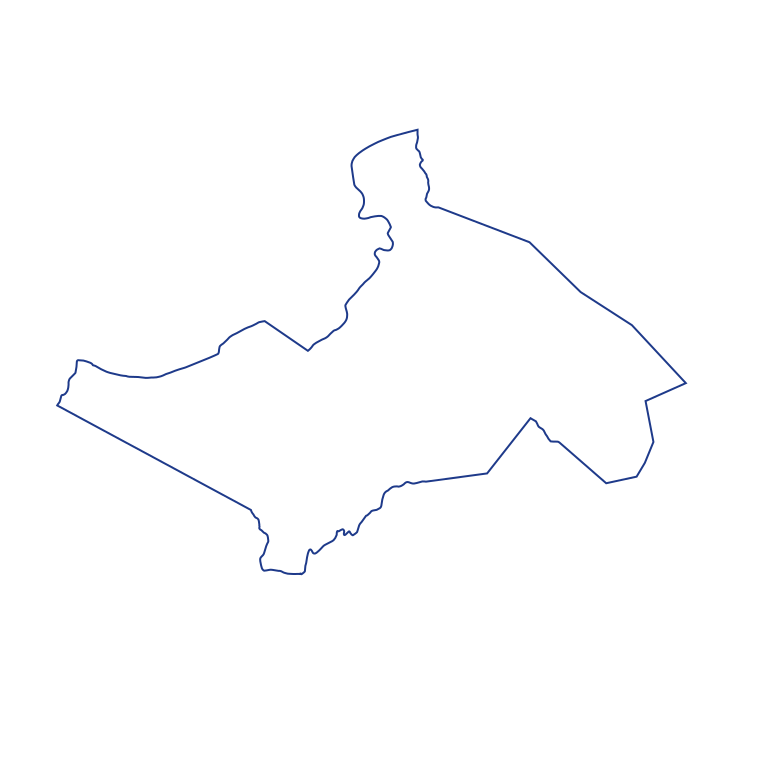 Ojos de Agua, Comayagua, Honduras (Natural Earth projection), rotated 38°
{"feature_id": "27666195B51970998087864", "entity_name": "Ojos de Agua", "entity_type": "district", "adm_level": 2, "iso_a3": "HND", "parent_name": "Honduras", "parent_adm1": "Comayagua", "projection": "natural_earth1", "projection_center": [-87.676, 14.8], "detail": "fine", "context": "isolated", "style": "outline", "palette": "blue", "viewbox_px": 768, "rotation_deg": 38, "n_neighbors": 0, "source": "geoboundaries", "source_scale": "gbopen_adm2", "svg_char_len": 6165}
<svg xmlns="http://www.w3.org/2000/svg" viewBox="0 0 768 768"><g transform="rotate(38 384 384)"><path d="M621.3,197.5L543.1,185.0L482.4,190.5L411.4,182.7L318.2,211.3L316.1,213.0L314.8,213.7L313.8,214.1L311.3,214.7L309.6,214.8L308.2,214.7L305.5,214.2L304.1,213.9L303.2,213.1L302.7,212.2L302.6,211.3L302.3,210.6L300.8,207.6L300.4,205.0L300.1,203.8L299.5,202.6L298.3,201.2L296.2,199.5L294.7,198.0L294.1,197.0L293.3,196.1L292.5,195.5L290.2,194.4L289.2,193.4L288.1,192.7L286.9,192.5L284.8,191.7L281.3,190.9L280.3,190.8L279.3,190.6L278.0,189.9L277.1,188.9L276.7,187.3L276.6,186.2L276.6,185.6L276.9,184.1L276.4,183.4L275.1,183.3L273.4,182.7L271.1,180.8L269.3,179.4L268.2,179.0L267.1,179.0L264.6,178.6L263.7,177.9L262.4,176.1L261.9,175.0L261.7,174.3L261.2,173.0L259.3,169.3L258.6,168.4L257.4,167.3L256.6,166.5L253.9,163.0L248.3,170.2L241.3,179.5L237.3,185.0L235.1,188.6L232.6,192.9L230.4,196.8L228.6,200.5L226.2,205.7L224.5,210.0L223.4,213.1L222.1,217.6L221.5,220.6L221.2,223.2L221.4,225.3L221.8,227.7L222.3,228.9L222.9,230.3L223.6,231.4L224.3,232.3L232.4,240.1L237.9,245.2L238.9,245.7L241.0,246.3L246.9,246.8L249.1,247.3L250.4,247.8L251.8,248.6L253.0,249.4L254.2,250.5L255.1,251.5L256.2,252.9L257.0,254.1L257.6,255.2L258.2,257.0L258.7,258.9L258.8,260.0L258.9,262.4L259.3,264.3L259.7,265.4L260.3,266.3L260.9,267.1L261.6,267.6L262.7,267.8L263.9,267.5L265.3,266.8L266.8,265.8L268.4,264.1L269.5,262.8L270.8,260.7L273.6,257.5L275.9,255.2L277.9,253.6L278.7,253.1L280.3,252.7L281.8,252.5L283.6,252.5L285.2,252.6L286.8,253.1L290.0,254.5L292.8,256.1L293.0,256.6L294.0,262.5L294.3,263.1L295.2,263.7L296.0,264.1L303.3,266.6L304.0,267.2L305.0,268.4L305.8,270.0L306.4,271.9L306.5,272.8L306.4,273.8L306.3,274.5L306.1,275.0L305.5,275.8L304.6,276.6L302.0,278.2L301.2,278.6L298.4,279.3L297.0,279.9L296.4,281.1L295.8,282.5L295.6,283.5L295.6,284.8L295.7,285.6L296.1,286.4L296.6,287.2L297.3,287.8L298.6,288.3L300.2,288.6L303.6,289.7L304.4,290.1L305.0,290.6L305.4,291.1L306.2,292.9L307.0,294.9L307.4,296.7L307.6,297.9L307.7,300.2L307.7,304.3L307.6,307.2L307.4,309.6L306.3,314.8L306.1,316.2L306.0,318.5L305.6,321.6L305.5,323.4L305.7,326.1L305.7,328.2L305.4,332.1L304.5,339.0L304.7,342.8L305.0,345.4L305.4,346.2L307.1,347.7L310.1,349.9L311.9,351.5L312.5,352.3L313.2,353.3L314.0,354.6L314.5,355.8L314.8,356.8L315.0,358.0L315.1,359.2L315.1,360.6L314.8,364.2L314.5,366.3L314.2,367.7L313.9,368.6L313.0,370.7L311.8,372.4L311.5,373.3L310.8,377.5L310.5,380.9L310.0,382.8L309.3,384.5L307.9,387.0L307.1,388.8L305.2,393.2L304.4,395.8L304.2,397.0L304.3,399.5L304.2,401.3L304.0,402.8L303.6,404.7L251.3,407.9L249.8,409.5L247.6,412.1L247.2,412.8L246.3,415.1L244.6,418.7L243.8,420.2L241.9,423.2L240.2,426.4L236.7,434.5L234.6,438.7L233.7,441.4L233.4,442.7L233.2,445.5L232.4,451.0L231.7,453.2L231.4,454.9L231.5,455.7L232.0,456.8L232.8,458.3L234.0,460.2L234.4,461.0L234.7,462.2L234.6,462.6L234.3,463.3L232.8,466.2L230.3,470.8L217.5,493.0L216.7,494.2L213.7,498.4L211.2,502.2L208.7,506.5L206.1,510.4L204.7,513.2L203.5,515.2L202.2,516.9L200.6,518.8L198.6,520.6L196.5,522.3L194.5,524.2L192.6,525.8L185.9,529.9L179.0,535.0L177.4,535.9L175.8,536.5L173.5,538.0L171.2,539.3L161.3,543.9L158.9,544.8L157.7,545.2L152.0,546.5L145.7,547.4L144.7,547.7L143.1,548.4L141.9,548.0L141.0,547.9L140.1,548.0L139.2,548.2L135.6,549.4L132.7,550.6L129.3,552.9L128.5,553.4L128.0,554.0L127.9,554.6L128.2,555.5L131.1,559.8L133.9,565.0L134.0,565.4L133.9,566.5L133.1,573.1L133.2,574.1L133.6,575.3L134.3,576.8L135.9,578.8L137.4,581.2L138.1,582.7L138.7,584.4L138.9,586.5L138.8,588.2L138.1,589.9L137.2,590.8L137.0,591.3L137.0,591.9L137.3,592.7L138.8,596.2L139.4,597.7L139.5,599.1L139.5,600.9L139.7,602.1L356.7,565.2L357.9,566.0L358.5,566.3L360.1,566.9L361.5,567.2L362.8,567.8L363.8,568.1L365.0,568.3L366.3,568.0L367.0,567.9L368.0,568.0L368.6,568.2L369.8,569.1L372.3,571.5L372.7,572.1L373.7,573.0L374.4,574.3L375.0,574.7L376.1,574.9L377.4,574.7L380.9,575.1L382.6,574.7L384.0,574.8L384.8,574.9L385.5,575.2L386.9,576.3L388.8,578.2L389.6,579.1L389.9,579.7L390.4,582.2L391.0,584.3L393.4,590.5L393.9,592.0L394.0,593.3L393.8,595.1L393.7,596.4L393.8,597.2L394.1,598.0L394.6,598.7L395.7,599.9L398.7,602.5L401.0,604.2L401.7,604.6L402.6,604.9L403.6,605.0L404.5,604.9L406.1,603.3L408.4,600.7L409.2,600.0L410.6,599.1L415.9,596.2L417.0,595.4L418.4,594.8L420.3,594.5L421.5,594.2L423.2,593.5L425.0,592.7L429.6,589.5L433.2,586.6L434.8,585.4L434.7,585.1L434.9,584.8L435.1,584.7L435.5,584.9L435.9,584.8L436.1,584.6L436.4,583.8L436.8,582.1L437.0,581.0L436.9,580.2L434.0,575.7L432.9,573.0L431.4,570.3L430.1,568.0L429.0,565.7L428.3,564.2L427.7,562.4L427.4,561.3L427.4,560.6L427.5,560.2L427.8,559.8L428.1,559.6L428.5,559.6L429.6,559.8L431.9,560.8L432.8,560.8L433.5,560.5L434.0,560.1L434.3,559.5L434.7,558.6L435.0,557.2L435.4,555.0L435.7,552.3L435.9,549.7L436.1,548.4L436.6,547.0L437.6,544.8L439.9,539.8L440.2,538.8L440.4,538.0L440.4,535.4L439.6,532.0L439.0,531.2L438.1,529.8L437.8,528.9L437.9,528.5L438.1,528.3L438.7,528.2L439.0,527.9L439.3,527.2L439.8,525.8L440.2,525.0L440.7,524.1L441.3,523.8L442.2,523.9L443.1,524.4L443.7,525.1L444.2,526.2L444.8,527.0L445.4,527.4L445.9,527.3L446.2,526.9L446.4,526.4L447.0,522.2L447.2,521.7L447.5,521.5L447.9,521.5L449.0,522.1L449.7,522.2L451.0,522.6L452.1,522.5L452.5,522.4L452.7,522.1L453.5,519.6L453.9,517.8L453.9,517.1L453.2,515.2L451.5,510.8L451.2,509.3L451.2,508.2L451.3,506.4L451.0,499.1L451.1,498.7L451.7,497.7L451.9,496.5L452.3,494.1L452.3,492.4L452.5,491.6L453.2,490.5L455.7,487.7L457.1,484.5L457.3,483.6L457.2,482.6L456.8,481.5L453.8,476.1L452.0,471.6L451.7,470.4L451.6,469.0L451.8,467.7L452.0,467.0L452.7,465.5L453.2,462.7L454.0,460.2L454.7,459.1L455.7,458.0L457.4,456.6L458.7,455.9L459.7,454.7L460.4,453.5L460.8,452.4L461.3,451.0L461.5,449.4L461.8,448.3L462.1,447.7L462.6,447.0L463.2,446.6L463.9,446.2L465.9,445.6L467.4,445.0L468.1,444.6L468.9,444.0L470.8,441.8L474.2,437.2L475.6,436.1L477.2,435.1L520.3,391.0L520.5,320.8L526.7,319.9L529.2,321.0L530.8,321.9L532.1,322.4L533.3,322.4L536.7,322.0L538.5,322.3L542.3,324.1L544.7,324.8L547.3,325.9L550.6,326.6L552.1,325.7L556.5,322.4L558.1,322.1L620.2,325.4L640.1,301.5L638.1,285.5L632.0,263.8L600.6,236.4L621.3,197.5Z" fill="none" stroke="#1e3a8a" stroke-width="2"/></g></svg>